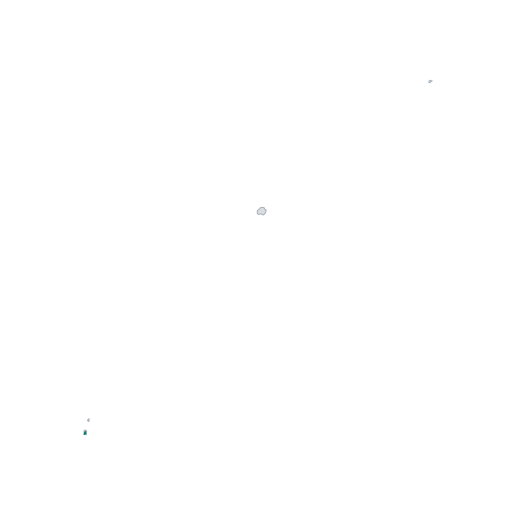 Polle, Federated States of Micronesia shown in context, rotated 305°
{"feature_id": "79324940B78067123130515", "entity_name": "Polle", "entity_type": "district", "adm_level": 2, "iso_a3": "FSM", "parent_name": "Federated States of Micronesia", "parent_adm1": "", "projection": "albers", "projection_center": [151.586, 7.337], "detail": "fine", "context": "in_parent", "style": "filled", "palette": "teal", "viewbox_px": 512, "rotation_deg": 305, "n_neighbors": 0, "source": "geoboundaries", "source_scale": "gbopen_adm2", "svg_char_len": 1067}
<svg xmlns="http://www.w3.org/2000/svg" viewBox="0 0 512 512"><g transform="rotate(305 256 256)"><path d="M299.5,238.0L297.0,239.0L293.9,238.6L292.9,235.2L291.4,234.2L291.7,232.5L293.9,231.1L298.5,232.1L300.3,234.6L299.2,236.3L299.5,238.0ZM15.6,217.3L15.2,217.9L12.6,217.7L12.2,217.4L12.5,217.1L13.7,216.9L13.9,216.1L13.2,215.9L13.8,215.5L14.8,215.4L15.4,215.9L15.7,216.6L15.6,217.3ZM499.8,297.8L500.3,299.8L497.6,298.9L497.2,298.2L498.7,297.4L499.8,297.8ZM25.5,213.7L24.8,213.9L24.4,213.7L24.6,212.6L24.8,212.2L25.5,212.2L26.7,212.4L26.8,212.7L25.5,213.7Z" fill="#d9dde1" stroke="#a8b0b8" stroke-width="1"/><path d="M13.3,217.1L13.2,217.1L13.1,217.3L12.9,217.3L12.7,217.4L12.4,217.4L12.2,217.4L12.2,217.5L11.9,217.6L11.7,217.6L11.7,217.8L11.8,217.9L12.0,217.8L12.3,217.9L12.2,217.9L12.3,218.0L12.5,218.0L12.8,218.1L13.0,218.2L13.0,218.3L13.1,218.2L13.3,218.1L13.4,217.9L13.5,217.8L13.4,217.8L13.4,217.7L13.5,217.7L13.8,217.6L13.8,217.4L13.7,217.4L13.8,217.4L13.9,217.2L13.7,217.1L13.4,217.1L13.3,217.1Z" fill="#14b8a6" stroke="#0f766e" stroke-width="1.5"/></g></svg>